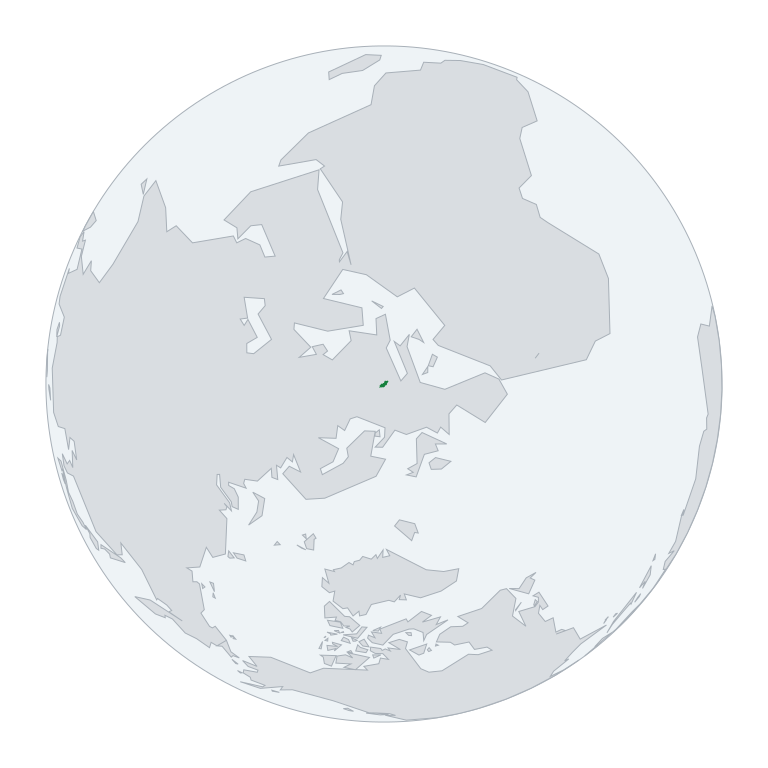 Burgenland highlighted on a globe, orthographic projection, rotated 205°
{"feature_id": "AUT-2322", "entity_name": "Burgenland", "entity_type": "State", "adm_level": 1, "iso_a3": "AUT", "parent_name": "Austria", "parent_adm1": "", "projection": "orthographic", "projection_center": [16.54, 47.475], "detail": "fine", "context": "on_globe", "style": "filled", "palette": "green", "viewbox_px": 768, "rotation_deg": 205, "n_neighbors": 0, "source": "natural_earth", "source_scale": "10m", "svg_char_len": 12062}
<svg xmlns="http://www.w3.org/2000/svg" viewBox="0 0 768 768"><g transform="rotate(205 384 384)"><circle cx="384" cy="384" r="338" fill="#eef3f6" stroke="#a8b0b8"/><path d="M62.1,281.2L64.9,272.7L68.0,264.4L87.1,222.5L79.8,237.5L82.0,234.9L78.5,245.7L70.8,257.6L62.9,282.3L57.8,296.1L54.1,310.9L52.7,319.7L50.5,335.2L52.5,333.9L54.2,342.0L50.5,355.6L54.3,350.8L53.2,364.6L58.7,390.6L57.4,391.6L61.4,429.8L71.8,460.9L74.2,476.3L72.4,479.5L77.3,489.6L77.5,493.7L102.5,532.7L119.7,559.1L122.2,572.3L113.6,574.0L119.7,593.5L112.4,585.0L98.4,564.7L86.0,543.4L75.2,521.3L66.0,498.4L58.6,475.0L52.8,451.0L48.8,426.7L46.6,402.2L46.1,377.5L47.5,352.9L50.8,330.7L52.1,322.4L51.6,323.4L53.4,314.0L62.1,281.2ZM160.5,130.6L168.3,123.9L164.1,127.4L175.1,118.4L179.7,114.9L194.9,104.0L221.6,88.8L242.9,84.3L233.5,88.5L239.7,87.6L251.9,82.6L258.5,79.7L296.4,75.4L337.7,68.2L348.7,62.9L347.9,67.0L367.4,55.9L388.5,53.4L365.9,58.3L364.5,60.6L379.4,59.5L381.2,61.7L389.5,62.7L390.3,65.7L377.0,69.2L377.3,71.4L387.8,70.6L395.3,73.6L379.7,74.4L391.2,80.0L371.1,88.5L328.8,91.0L318.7,100.8L278.1,117.7L282.9,119.6L270.5,128.3L271.4,134.1L263.6,136.3L271.1,139.1L278.1,136.1L283.7,136.5L284.9,139.9L275.1,142.9L273.1,141.7L270.9,144.4L265.5,144.7L268.8,146.5L256.9,150.3L270.3,151.6L262.2,159.0L253.8,160.2L252.7,153.3L230.3,141.5L221.5,141.8L210.2,148.6L193.2,174.8L184.2,178.5L173.6,188.4L179.4,189.1L189.8,181.7L197.9,186.1L209.7,177.3L214.7,178.0L227.5,172.4L227.7,180.7L220.9,192.2L210.2,197.7L206.9,203.1L218.8,204.5L200.6,221.8L191.5,246.2L186.5,250.3L173.8,245.4L169.5,228.0L153.0,224.4L165.7,234.8L153.1,246.0L151.9,251.5L153.9,255.9L159.4,255.0L155.6,260.8L141.5,252.1L144.8,246.6L149.2,249.2L147.1,241.5L137.5,236.9L131.9,243.6L123.4,231.8L119.3,236.7L115.1,237.3L122.3,230.1L109.3,243.2L98.4,235.7L80.5,259.6L95.8,231.6L99.9,220.3L103.3,209.4L100.3,213.0L108.9,195.4L109.7,189.3L99.6,201.7L90.7,216.2L105.4,192.7L122.1,170.5L140.4,149.8L160.5,130.6ZM75.6,265.8L67.1,301.9L67.1,288.9L67.9,289.6L71.1,278.7L75.4,262.8L76.8,252.7L75.6,265.8ZM82.7,264.9L83.7,259.7L83.4,263.9L82.7,264.9ZM261.1,78.2L252.0,82.4L240.2,86.4L247.6,82.5L261.1,78.2ZM283.7,72.6L279.9,74.8L273.3,74.5L277.5,73.3L283.7,72.6ZM356.2,59.1L348.5,60.3L355.4,58.4L356.2,59.1ZM390.5,62.3L392.1,61.4L395.7,62.4L390.5,62.3ZM226.6,168.3L227.0,170.3L224.4,170.2L226.6,168.3ZM231.7,164.1L228.4,162.6L230.4,160.4L232.4,161.4L231.7,164.1ZM400.2,68.0L405.5,70.2L397.8,68.5L400.2,68.0ZM235.4,166.4L234.2,156.8L237.8,153.1L248.4,153.8L235.4,166.4ZM407.0,71.9L419.9,77.9L424.7,76.1L418.5,85.1L409.6,76.6L399.4,74.6L406.1,74.0L407.0,71.9ZM279.8,133.7L272.4,137.1L277.4,131.3L279.8,133.7ZM281.6,130.0L289.1,113.0L300.5,110.3L295.7,116.3L309.7,110.7L311.6,117.6L304.4,122.3L296.6,122.5L303.3,125.1L281.6,130.0ZM413.1,89.5L414.2,91.8L410.5,90.1L413.1,89.5ZM286.3,136.3L286.8,132.9L296.8,130.1L297.6,136.5L294.1,135.3L286.3,136.3ZM312.4,106.1L319.9,105.5L323.6,110.8L327.0,111.4L312.6,117.6L312.4,106.1ZM292.5,137.6L297.8,139.8L294.2,144.3L286.5,139.4L292.5,137.6ZM299.0,126.8L303.8,125.9L301.4,128.4L299.0,126.8ZM284.3,162.2L284.7,157.7L289.9,155.8L284.3,162.2ZM300.0,140.4L301.2,138.9L303.3,137.8L306.0,140.2L300.0,140.4ZM316.2,121.1L316.1,123.7L322.3,118.8L325.2,123.0L315.1,126.5L320.7,126.8L321.6,128.1L312.3,129.6L316.2,121.1ZM315.0,139.4L303.2,146.0L301.4,154.5L296.6,156.3L300.4,142.4L315.0,139.4ZM314.3,133.4L313.7,137.5L308.1,137.4L305.1,134.7L314.3,133.4ZM330.9,124.7L329.0,117.4L331.2,116.9L330.9,124.7ZM315.6,141.8L318.4,140.2L316.1,142.4L315.6,141.8ZM327.4,129.9L326.4,127.2L329.1,126.7L327.4,129.9ZM325.0,139.4L321.1,141.4L319.0,139.5L325.0,139.4ZM327.0,135.0L330.8,135.0L320.5,137.6L326.1,133.9L327.0,135.0ZM330.1,129.8L331.3,128.7L330.1,131.0L330.1,129.8ZM335.4,146.0L322.9,149.7L318.1,145.2L330.9,142.2L335.4,146.0ZM225.2,574.5L200.5,525.2L210.6,512.2L210.9,491.5L279.2,437.3L295.4,445.3L351.1,441.9L358.4,445.1L353.7,462.8L397.0,483.8L408.8,468.6L446.2,475.6L469.8,470.4L475.0,435.9L436.2,443.7L427.6,428.4L457.3,408.1L491.0,401.5L488.7,395.4L465.9,386.4L472.1,372.3L457.8,382.3L464.8,387.5L456.0,394.3L449.1,390.0L451.6,384.9L441.0,384.0L432.1,409.4L438.1,417.5L411.3,425.4L418.9,439.9L412.2,447.8L396.9,426.3L397.2,417.6L370.0,393.9L367.3,403.5L392.7,426.9L385.5,425.4L382.0,439.7L378.9,427.6L351.8,400.7L326.6,404.9L297.2,436.8L281.9,437.0L267.9,426.9L276.0,391.9L309.2,395.7L312.5,384.4L303.6,365.8L314.4,368.9L314.9,362.1L327.2,362.8L342.4,347.7L354.6,346.8L358.5,326.1L365.3,323.1L361.0,336.0L364.6,344.8L394.7,342.9L399.9,338.1L400.0,325.2L408.3,326.7L404.5,314.5L420.8,307.6L397.8,306.2L397.3,292.0L405.9,280.4L401.6,275.8L387.5,294.9L385.6,303.0L390.6,310.1L381.8,333.3L372.0,337.4L365.5,313.0L350.8,316.5L352.2,297.0L389.4,255.5L406.0,246.5L437.8,259.9L435.1,269.4L422.4,269.0L436.1,281.8L434.1,274.7L440.9,276.4L442.2,264.3L447.1,264.9L439.9,252.5L446.1,252.0L450.5,259.9L457.7,242.5L469.9,238.8L469.2,234.6L464.9,231.3L483.3,229.3L481.9,226.4L475.4,225.8L468.3,219.9L463.1,208.8L469.8,208.7L472.6,212.7L488.4,221.4L494.8,232.6L497.0,231.5L493.1,221.8L473.7,211.1L468.7,204.6L478.4,208.3L474.5,206.4L474.1,203.2L479.9,200.1L469.5,195.6L455.9,162.9L465.9,154.5L476.0,160.9L473.6,140.3L485.0,134.0L478.9,133.3L473.6,124.0L470.0,125.7L466.7,124.8L451.5,103.5L453.1,99.0L439.7,90.6L436.5,90.4L434.6,93.1L418.5,85.1L424.7,76.1L431.5,76.8L430.7,71.3L446.3,74.0L458.9,74.3L476.4,81.6L484.8,81.8L483.5,79.7L494.0,79.0L520.0,86.0L504.6,89.4L466.7,84.0L482.7,86.6L480.7,89.0L487.5,91.9L498.6,93.9L498.8,92.3L525.2,113.5L555.3,128.7L549.1,118.6L553.8,116.3L582.6,128.5L626.5,169.3L633.3,169.6L639.4,174.6L646.1,184.9L637.4,177.7L636.6,181.9L630.7,176.7L638.6,192.0L630.4,185.3L640.6,201.1L646.0,202.8L642.1,191.2L654.4,208.7L661.2,207.8L671.4,218.6L691.4,258.2L697.8,283.5L700.1,288.7L697.8,291.5L702.0,309.5L712.3,319.2L714.6,326.5L718.0,355.8L716.8,350.9L710.6,358.2L714.8,378.6L719.7,377.5L721.6,388.9L720.2,395.3L717.6,386.1L715.4,388.2L712.2,371.7L703.0,356.3L701.3,372.1L697.7,362.7L684.8,355.5L680.3,377.9L675.6,427.2L681.0,452.9L676.7,471.9L656.4,451.5L645.2,430.2L639.2,439.6L617.2,431.0L583.1,454.5L577.1,449.7L570.9,457.4L555.3,457.6L545.6,448.7L536.7,453.9L562.2,476.8L571.6,471.1L577.8,453.8L583.3,463.4L598.3,465.1L586.0,501.9L533.4,550.7L526.4,532.2L476.6,485.5L477.0,478.0L476.8,477.2L476.0,475.9L473.4,488.5L464.2,478.1L492.8,515.0L498.5,531.5L532.7,552.1L530.0,556.4L540.4,558.7L571.5,537.0L572.1,543.5L558.6,579.6L513.8,631.7L518.7,650.3L513.7,666.7L483.6,683.9L484.0,692.4L468.1,698.8L465.6,703.1L451.6,709.4L429.0,715.5L393.0,718.2L392.4,715.8L377.0,709.7L356.4,687.2L367.2,674.9L364.7,663.9L338.5,635.2L344.4,618.7L336.9,610.7L321.8,611.1L312.9,601.0L303.6,599.5L244.2,592.6L225.2,574.5ZM257.9,471.2L256.5,477.5L257.9,471.2ZM528.5,410.8L547.4,403.5L535.5,386.1L541.8,382.1L535.5,378.0L534.6,385.0L518.6,372.7L525.5,362.7L521.5,354.3L514.9,356.4L504.8,376.9L527.7,394.2L524.8,404.8L528.5,410.8ZM59.0,391.3L59.2,397.1L58.0,392.9L59.0,391.3ZM64.6,292.1L63.9,297.7L62.8,302.5L62.8,299.1L64.6,292.1ZM65.6,337.6L66.1,344.9L64.4,339.5L65.6,337.6ZM66.3,307.3L65.0,332.3L62.1,323.5L63.3,308.0L63.9,315.5L66.3,307.3ZM77.8,269.5L76.9,273.7L75.5,275.0L77.8,269.5ZM82.4,268.0L82.4,266.9L83.9,263.4L82.4,268.0ZM154.0,246.4L155.0,247.3L155.8,252.5L153.1,251.6L154.0,246.4ZM173.2,268.4L166.6,277.5L169.5,270.0L164.4,270.0L164.2,255.0L184.1,251.6L175.1,255.6L173.2,268.4ZM169.4,235.0L167.3,244.3L168.9,234.3L169.4,235.0ZM305.1,326.6L309.9,331.6L306.2,339.1L290.7,342.2L296.0,331.2L305.1,326.6ZM317.7,337.3L315.6,313.4L325.2,311.1L320.2,316.3L326.7,317.2L320.4,325.9L331.5,348.0L329.0,356.1L301.8,356.2L312.1,351.4L306.7,346.4L317.7,337.3ZM293.5,262.4L292.7,253.7L314.4,259.8L312.6,267.4L297.1,270.4L290.0,263.4L293.5,262.4ZM254.4,170.1L252.7,167.6L255.4,166.6L259.1,167.9L254.4,170.1ZM284.1,160.2L264.7,180.5L261.8,178.5L253.9,193.7L243.2,194.4L248.6,184.4L234.4,196.8L235.0,188.1L226.3,197.3L239.5,175.0L239.5,168.2L243.6,175.3L253.5,174.7L257.8,172.4L269.9,161.0L274.7,146.9L285.3,144.6L291.5,146.8L291.9,149.8L284.9,150.2L290.6,154.0L280.8,157.0L284.1,160.2ZM358.0,182.5L349.7,180.1L359.4,191.3L349.6,193.1L351.4,194.3L345.0,199.2L340.3,207.4L335.6,207.0L335.9,210.5L331.6,214.0L330.4,218.7L321.5,219.9L319.2,225.9L316.3,223.1L314.7,233.2L311.9,226.3L306.2,230.8L311.9,235.1L267.2,233.5L250.6,239.3L238.2,248.2L235.1,236.1L244.7,220.5L260.5,205.7L276.9,202.3L272.5,197.8L279.1,195.0L279.8,199.7L282.6,190.9L288.2,190.0L302.3,178.8L302.9,167.5L308.1,163.5L310.7,167.5L314.0,160.7L322.4,165.7L326.3,163.0L338.4,165.7L341.1,175.5L345.3,171.8L354.7,174.1L358.0,182.5ZM338.7,147.0L344.2,157.5L341.5,163.9L321.5,156.8L316.8,158.5L303.9,154.9L308.0,145.8L311.3,147.6L315.5,147.3L312.6,150.2L318.1,147.7L322.8,150.2L328.4,149.1L328.6,152.7L338.7,147.0ZM365.6,438.4L371.0,439.2L379.3,438.3L377.2,447.6L365.6,438.4ZM346.8,420.4L351.6,419.3L352.7,431.4L347.0,430.9L346.8,420.4ZM353.2,408.9L351.7,418.4L349.2,412.9L353.2,408.9ZM365.3,334.5L370.3,332.9L371.2,335.9L368.9,340.5L365.3,334.5ZM384.8,218.4L380.4,215.5L381.7,213.7L377.6,203.8L384.5,202.1L389.6,207.3L384.8,218.4ZM469.0,443.2L462.7,451.1L458.9,448.8L461.8,446.5L469.0,443.2ZM418.2,451.4L430.3,454.1L417.5,453.9L418.2,451.4ZM391.6,214.9L389.1,210.9L394.1,212.6L391.6,214.9ZM389.3,200.4L395.0,201.3L384.8,200.7L389.3,200.4ZM566.0,643.4L539.8,674.8L525.4,680.7L524.8,675.9L535.9,659.1L553.2,647.8L562.3,636.7L566.0,643.4ZM720.4,415.6L720.2,417.4L713.9,410.5L716.3,402.1L721.5,395.3L721.4,400.3L721.6,399.3L720.4,415.6ZM682.3,454.1L688.5,462.4L685.6,469.6L682.3,454.1ZM703.3,273.5L703.2,273.1L702.0,269.7L702.4,270.9L703.3,273.5ZM703.4,295.2L704.2,302.8L702.6,299.7L700.5,288.3L703.4,295.2ZM679.2,228.3L685.4,237.5L687.8,241.9L685.1,239.2L679.2,228.3ZM447.1,198.9L445.1,214.2L448.2,225.0L457.2,230.5L443.7,229.8L438.9,213.1L447.1,198.9ZM454.2,167.1L446.3,163.1L450.1,161.0L452.5,161.6L454.2,167.1ZM449.1,167.4L438.7,169.9L434.5,165.2L443.6,164.1L449.1,167.4ZM415.3,191.6L414.2,196.1L410.2,194.5L415.3,191.6ZM701.2,267.6L702.2,270.4L694.7,253.7L692.5,247.7L699.1,262.3L699.1,261.8L701.2,267.6ZM638.5,167.2L634.8,164.4L630.7,158.7L634.4,162.2L638.5,167.2ZM613.9,139.5L628.4,156.4L639.4,171.1L639.4,169.5L648.2,179.0L644.2,177.7L631.3,162.4L624.2,152.6L616.3,146.0L607.0,136.5L598.5,131.5L592.1,126.3L597.7,128.0L613.9,139.5ZM595.0,129.8L576.8,119.9L572.3,112.8L575.2,113.3L585.5,120.7L587.3,124.0L595.0,129.8ZM571.1,115.5L572.6,118.8L549.1,115.2L543.0,112.8L558.5,110.8L560.8,113.9L567.4,116.4L571.1,115.5ZM417.5,91.1L414.5,91.7L415.6,89.9L417.5,91.1ZM464.8,126.0L460.5,124.4L461.9,122.0L464.8,126.0ZM449.2,118.8L450.6,122.6L446.4,118.6L449.2,118.8ZM454.3,131.3L449.9,124.1L458.1,131.0L454.3,131.3Z" fill="#d9dde1" stroke="#a8b0b8" stroke-width="1"/><path d="M386.4,380.9L386.2,381.1L386.2,381.3L386.1,381.5L385.9,381.7L385.8,381.8L386.0,381.9L386.0,382.0L386.0,382.3L386.0,382.5L385.8,382.7L385.4,382.8L385.3,382.7L385.2,382.6L385.1,382.8L384.8,382.8L384.7,382.7L384.3,382.4L384.1,382.4L383.9,382.5L383.7,382.7L383.7,382.8L383.6,382.7L383.6,382.8L383.8,383.0L384.1,383.1L384.3,383.1L384.5,383.3L384.4,383.5L384.5,383.5L384.5,383.8L384.4,383.8L384.4,384.1L384.2,384.3L383.8,384.5L383.7,384.4L383.6,384.5L383.5,384.8L383.7,385.1L383.7,385.3L383.5,385.5L383.6,385.8L383.6,386.0L383.8,385.9L383.9,386.0L383.7,386.2L383.7,386.3L383.8,386.4L383.8,386.5L383.6,386.6L383.8,386.7L383.8,386.8L383.7,386.8L383.4,386.8L383.1,386.8L382.9,386.8L382.8,387.0L382.7,387.1L382.5,387.3L382.3,387.5L382.2,387.6L382.0,387.8L381.9,387.8L381.9,387.7L381.9,387.4L381.9,387.2L382.0,387.1L382.2,386.9L382.3,386.7L382.2,386.4L382.2,386.2L382.2,385.8L382.1,385.4L382.1,385.1L382.0,384.9L381.9,384.6L382.0,384.4L382.1,384.5L382.2,384.4L382.4,384.2L382.7,384.2L382.8,384.2L383.1,383.8L383.2,383.7L383.1,383.4L383.3,383.0L383.2,382.8L383.1,382.7L383.0,382.1L383.3,382.0L383.3,381.9L383.3,381.7L383.6,381.3L383.9,381.3L384.1,381.4L384.3,381.3L384.4,381.2L384.5,381.1L384.7,380.8L384.8,380.7L385.1,380.6L385.3,380.5L385.5,380.5L385.7,380.4L385.8,380.3L386.0,380.3L386.1,380.2L386.1,380.3L386.0,380.5L386.3,380.8L386.4,380.9Z" fill="#22c55e" stroke="#15803d" stroke-width="1.5"/></g></svg>